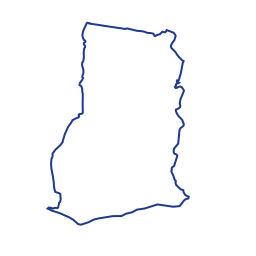 SVG path tracing the border of Ghana, rotated 9°
{"feature_id": "GHA", "entity_name": "Ghana", "entity_type": "country or territory", "adm_level": 0, "iso_a3": "GHA", "parent_name": "Africa", "parent_adm1": "", "projection": "orthographic", "projection_center": [-1.079, 7.965], "detail": "fine", "context": "isolated", "style": "outline", "palette": "blue", "viewbox_px": 256, "rotation_deg": 9, "n_neighbors": 0, "source": "natural_earth", "source_scale": "50m", "svg_char_len": 2531}
<svg xmlns="http://www.w3.org/2000/svg" viewBox="0 0 256 256"><g transform="rotate(9 128 128)"><path d="M158.2,26.8L160.2,28.7L160.7,29.8L160.0,34.0L158.5,36.9L157.6,39.6L157.7,41.0L158.6,42.4L161.7,44.5L163.3,45.9L165.1,48.0L167.3,50.0L170.9,52.7L172.5,53.2L172.4,53.9L171.9,55.0L171.6,65.0L171.4,67.6L171.1,68.9L170.8,72.6L170.4,73.1L169.7,73.1L169.1,73.2L168.9,74.0L169.2,74.7L171.4,75.3L170.9,75.8L169.3,76.4L168.5,77.5L168.8,78.8L167.9,79.8L168.2,80.5L168.8,81.0L169.7,80.8L172.3,79.1L173.4,78.9L174.7,79.2L177.2,81.9L177.3,83.2L176.3,87.6L175.4,91.0L175.2,95.5L176.3,98.0L176.1,99.4L175.0,100.7L172.4,102.4L172.6,103.6L173.8,105.8L176.0,108.3L180.2,111.4L182.5,115.4L182.5,117.0L181.2,118.6L179.7,120.1L179.2,122.1L180.0,135.5L176.6,141.4L176.6,143.0L177.0,144.9L177.8,146.1L179.6,146.4L181.0,147.5L180.5,151.6L179.8,155.8L179.6,157.8L179.2,158.8L177.9,159.6L177.4,160.9L177.8,162.5L177.5,163.7L178.3,165.3L179.8,167.2L182.3,172.0L183.2,172.4L183.6,173.4L183.4,174.4L184.3,176.5L187.1,178.6L189.9,180.4L192.3,180.7L192.8,182.4L194.3,184.5L195.4,185.4L197.2,186.0L198.7,186.3L198.7,188.1L196.1,189.3L194.4,191.2L193.0,194.0L191.2,197.1L184.8,198.7L182.3,198.7L169.1,198.9L156.8,205.0L149.7,207.2L145.3,210.6L139.4,213.0L135.3,216.0L126.8,217.4L112.8,222.0L108.4,223.9L104.0,227.1L96.8,230.8L94.0,230.8L88.3,227.2L84.1,225.5L73.7,222.7L66.0,221.6L62.3,220.4L61.2,220.2L62.1,219.0L64.3,218.9L66.5,219.3L68.2,218.3L70.8,218.2L71.4,217.2L71.6,214.7L71.6,212.6L72.5,211.7L72.7,209.3L71.5,203.9L70.6,203.3L66.1,202.5L65.8,201.4L65.0,200.3L64.1,197.5L63.2,193.4L61.6,188.2L58.6,179.8L57.9,176.8L57.4,173.8L57.3,170.1L57.9,168.8L57.8,166.9L57.5,165.0L59.7,160.8L63.9,155.5L64.8,153.6L65.6,152.3L65.7,150.4L66.5,144.3L68.5,136.9L69.7,134.1L70.6,132.6L71.6,130.1L71.9,129.0L75.8,126.1L77.5,125.3L77.9,124.2L77.3,122.9L77.6,122.1L78.5,121.6L79.9,121.3L81.0,120.1L79.4,111.0L78.1,101.9L78.0,101.1L77.3,99.8L76.5,96.1L75.2,93.9L73.4,93.2L73.4,91.1L75.3,87.6L75.8,85.6L74.9,85.0L74.8,83.4L75.4,80.8L75.1,79.2L74.8,77.5L72.9,73.5L72.5,70.7L73.4,69.0L73.4,65.4L72.4,59.9L72.3,56.3L73.0,54.9L72.7,53.5L71.3,52.2L71.2,50.9L72.4,49.6L72.2,48.6L70.8,47.9L69.5,46.2L68.4,43.5L68.6,39.1L70.8,31.1L71.1,30.5L73.6,30.5L73.6,30.9L81.2,30.8L90.0,30.8L100.4,30.7L109.9,30.6L110.3,30.2L111.9,29.8L121.5,30.6L127.5,30.2L130.0,30.5L131.9,31.0L136.0,30.7L138.3,30.9L139.9,32.9L140.6,32.9L141.5,32.0L143.2,31.1L144.9,30.3L146.1,28.7L146.8,27.5L147.9,27.8L149.5,27.7L150.5,26.7L150.9,25.2L158.2,26.8Z" fill="none" stroke="#1e3a8a" stroke-width="2"/></g></svg>